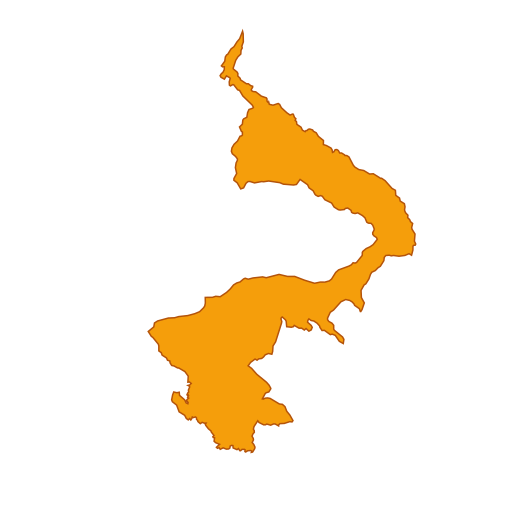 the district of Desamparados, San José, Costa Rica, rotated 212°
{"feature_id": "36466004B53955295164101", "entity_name": "Desamparados", "entity_type": "district", "adm_level": 2, "iso_a3": "CRI", "parent_name": "Costa Rica", "parent_adm1": "San José", "projection": "natural_earth1", "projection_center": [-84.044, 9.811], "detail": "fine", "context": "isolated", "style": "filled", "palette": "amber", "viewbox_px": 512, "rotation_deg": 212, "n_neighbors": 0, "source": "geoboundaries", "source_scale": "gbopen_adm2", "svg_char_len": 6093}
<svg xmlns="http://www.w3.org/2000/svg" viewBox="0 0 512 512"><g transform="rotate(212 256 256)"><path d="M386.5,439.5L385.0,431.6L385.6,427.5L385.6,421.8L386.9,418.4L386.9,412.0L387.5,411.0L387.5,408.6L385.7,404.6L386.1,398.9L384.6,398.7L383.1,399.7L381.6,397.0L381.4,394.1L382.0,392.3L382.0,389.9L380.4,389.0L376.5,389.2L376.5,393.1L372.9,393.3L372.0,393.0L371.0,389.5L369.1,386.8L367.8,386.7L366.5,389.1L365.6,389.4L359.6,387.2L357.7,387.7L351.9,384.7L339.2,382.0L337.0,380.8L337.1,379.6L339.6,376.5L339.1,373.1L337.3,368.8L339.1,365.8L339.2,364.3L337.4,360.5L338.4,356.7L334.5,354.0L333.2,353.9L331.6,351.3L331.9,350.3L333.0,349.1L332.6,343.7L333.8,339.1L333.7,335.0L332.4,331.8L330.3,330.2L326.1,329.6L323.2,328.5L322.5,327.2L322.2,324.4L320.3,320.0L316.1,315.7L315.8,310.1L314.9,308.5L310.7,308.1L304.5,304.8L302.6,307.2L303.0,312.3L302.3,314.8L300.6,316.0L296.0,317.2L290.7,322.1L288.9,323.0L285.0,326.3L274.7,330.8L270.9,331.4L261.8,336.1L259.6,338.1L259.2,344.3L250.0,343.8L247.1,341.9L242.1,341.6L238.7,339.6L237.4,339.3L234.9,339.5L233.2,341.5L231.4,341.8L227.4,340.2L220.0,341.0L215.7,338.9L210.7,338.9L209.1,339.5L205.7,342.2L205.4,343.7L203.6,345.3L199.6,345.1L198.1,343.7L196.7,343.7L194.5,344.5L192.6,346.5L187.2,346.7L183.8,346.1L180.0,343.4L178.2,343.4L175.7,344.7L173.3,344.0L170.1,341.6L169.6,340.4L169.4,337.6L168.5,336.3L166.8,335.6L163.6,335.5L162.0,334.4L162.7,327.7L164.2,324.2L166.5,320.7L167.8,316.7L167.8,315.5L166.2,312.8L167.3,303.8L168.2,302.5L170.1,301.7L170.5,299.0L171.9,296.6L178.6,288.0L179.7,284.3L179.7,276.5L180.6,273.8L183.8,270.3L187.6,268.0L191.9,263.9L202.0,261.2L212.3,259.2L218.4,255.4L226.7,252.6L235.8,243.0L239.3,241.8L246.9,235.8L250.3,232.2L253.4,231.4L254.4,229.9L255.8,225.5L258.0,223.0L259.7,219.6L260.4,214.2L261.7,209.4L264.8,202.5L268.8,200.5L271.0,197.9L277.1,194.0L274.0,189.2L273.0,186.5L273.0,184.4L274.3,178.9L277.3,174.7L282.3,169.3L289.4,163.7L292.3,160.5L297.5,156.9L305.0,148.8L306.6,145.4L305.1,141.7L307.4,134.9L302.2,132.4L300.4,132.3L292.2,129.5L290.8,128.3L288.1,124.0L285.1,123.8L283.1,122.2L277.9,122.1L275.8,120.7L273.5,121.3L272.2,119.8L269.5,118.5L267.2,119.3L263.2,119.5L262.2,120.1L255.0,120.3L249.8,118.2L246.9,112.9L245.7,113.9L243.4,113.6L243.9,111.5L245.1,110.2L243.3,110.3L242.8,109.6L242.3,106.5L241.0,104.9L241.3,103.8L241.0,101.7L240.0,101.4L239.8,102.2L239.1,101.8L239.1,99.9L237.8,99.8L238.4,97.9L238.3,96.5L236.0,95.9L235.5,94.6L237.4,94.4L240.2,96.2L247.0,97.3L248.9,99.8L250.7,98.1L253.7,97.1L253.1,94.0L251.3,89.3L249.7,88.1L244.3,87.5L238.6,83.1L232.1,83.1L229.0,81.3L226.6,81.1L226.1,83.0L224.4,82.4L224.3,84.2L224.7,85.7L223.6,85.7L222.0,87.5L220.7,87.2L219.9,86.0L218.4,85.6L217.5,84.8L214.4,84.3L213.5,86.4L211.1,86.9L209.8,87.8L209.8,86.4L208.8,85.7L204.7,84.2L201.5,83.8L200.6,83.0L196.5,81.5L196.8,79.8L196.0,79.4L194.8,79.9L193.4,76.7L191.3,76.3L187.1,77.0L188.2,72.8L186.8,72.5L185.7,73.9L183.9,73.1L182.2,75.9L178.8,76.5L177.0,77.8L176.4,79.2L177.2,81.2L176.2,82.6L175.1,83.0L173.7,81.1L169.5,81.7L168.9,83.4L166.5,82.3L165.9,82.7L165.4,84.6L163.3,85.9L162.6,85.9L161.8,84.3L160.9,84.3L159.8,86.5L157.3,88.3L156.2,88.2L155.9,87.0L155.0,87.9L155.0,91.9L155.6,93.4L158.0,95.0L160.4,95.8L160.7,98.7L161.7,99.9L163.9,101.1L164.3,103.5L164.0,105.6L165.0,107.0L166.4,107.7L167.3,110.2L167.2,117.2L165.2,116.4L160.0,116.9L158.5,117.9L157.8,119.2L153.9,120.3L152.2,122.8L150.8,123.7L146.8,123.9L147.3,124.8L146.9,126.5L143.3,129.0L139.6,133.4L137.5,134.4L137.4,136.0L143.1,139.1L147.6,140.6L151.6,143.6L155.0,144.2L157.7,142.9L168.6,142.7L171.1,141.7L173.0,140.2L173.9,138.6L174.9,138.2L175.3,144.3L174.9,145.4L173.1,147.5L173.1,151.3L173.5,151.7L176.5,153.4L180.2,154.5L192.6,156.1L200.3,158.4L204.5,158.7L204.2,162.9L202.2,168.1L199.9,168.2L199.2,170.2L196.9,172.1L196.1,174.3L195.8,177.1L193.8,179.9L190.5,181.1L191.3,183.9L193.9,188.7L193.9,193.6L198.8,212.6L199.4,214.1L201.6,216.0L201.8,217.4L201.4,218.2L197.3,217.5L195.8,216.6L192.5,212.3L188.3,214.3L186.8,215.9L186.8,217.4L181.3,217.6L179.0,219.0L175.8,218.8L175.1,221.0L171.3,220.3L170.0,222.6L170.5,225.3L172.5,226.4L177.2,227.2L177.9,228.9L177.8,230.7L175.1,230.5L172.6,231.5L168.6,231.4L165.1,230.4L163.9,229.3L160.5,227.8L158.6,229.2L151.3,228.7L150.0,230.1L146.7,230.7L140.1,227.8L135.6,228.0L137.3,231.9L139.7,233.2L150.1,234.5L151.3,235.1L153.4,238.4L156.0,239.3L159.5,239.1L161.4,239.8L162.4,241.2L163.2,247.6L161.6,251.3L159.7,262.2L156.9,266.6L153.0,268.0L150.1,268.0L147.5,267.3L146.2,266.4L140.4,266.1L138.1,264.2L137.7,264.4L137.7,266.8L139.3,273.6L144.6,276.6L148.7,282.5L149.0,288.8L148.1,290.6L148.1,296.4L149.2,301.1L149.2,303.6L147.1,306.9L146.3,310.7L145.1,313.2L145.1,319.8L146.5,322.8L146.2,325.2L143.4,327.3L141.4,327.8L139.7,329.3L134.6,331.6L130.0,335.4L127.4,339.1L124.5,339.1L126.1,344.2L128.1,347.5L128.0,348.6L126.7,349.6L126.9,350.8L129.5,352.5L132.8,358.9L137.9,361.4L139.1,362.7L140.4,366.6L143.2,367.0L145.0,368.3L147.7,368.9L148.8,371.1L151.7,371.8L153.6,372.9L154.6,374.1L155.7,376.7L157.9,379.0L162.8,379.0L165.0,381.2L169.6,381.5L172.6,385.6L176.5,385.4L186.4,388.3L190.7,388.5L191.4,387.9L200.1,387.9L203.1,385.7L209.9,385.6L214.6,383.8L219.3,383.8L221.7,384.6L229.7,389.3L232.2,389.3L233.9,388.3L234.4,388.7L238.0,388.7L239.6,387.7L242.1,389.1L243.9,389.1L245.2,388.1L245.2,385.6L246.0,384.4L247.8,386.4L249.6,387.3L254.8,387.0L257.9,386.2L260.0,389.7L266.5,390.5L270.2,392.4L273.4,392.2L274.8,392.9L277.7,392.2L278.8,391.2L279.2,389.5L280.1,388.8L280.2,387.5L283.3,387.3L286.1,389.1L291.1,389.3L293.0,391.5L294.6,391.7L295.0,393.6L296.8,393.9L299.5,396.0L300.3,395.7L301.8,393.6L305.7,393.8L313.1,395.2L316.3,397.1L318.0,397.1L321.5,392.9L325.1,391.7L326.6,393.1L326.5,392.7L327.4,392.7L328.7,393.2L330.0,395.1L331.0,395.6L336.2,394.4L343.2,395.1L345.7,393.9L347.5,393.9L348.2,394.7L348.3,397.5L348.8,398.2L350.7,397.7L353.8,398.0L355.4,397.0L362.5,397.2L363.6,398.3L366.8,399.0L368.1,401.2L369.6,402.0L374.3,402.6L374.9,403.2L376.9,411.3L376.9,415.4L375.9,419.2L377.7,422.5L377.9,425.1L379.2,426.4L380.2,430.9L384.6,437.6L386.5,439.5Z" fill="#f59e0b" stroke="#b45309" stroke-width="1.5"/></g></svg>